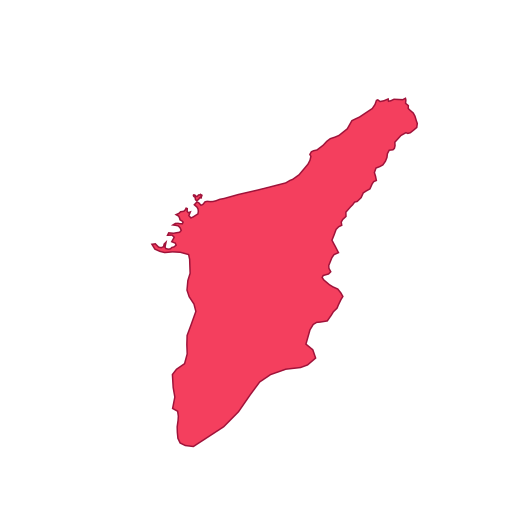 outline of Kota Belud, Sabah, Malaysia, rotated 22°
{"feature_id": "92858781B56547277278247", "entity_name": "Kota Belud", "entity_type": "district", "adm_level": 2, "iso_a3": "MYS", "parent_name": "Malaysia", "parent_adm1": "Sabah", "projection": "robinson", "projection_center": [116.462, 6.343], "detail": "fine", "context": "isolated", "style": "filled", "palette": "rose", "viewbox_px": 512, "rotation_deg": 22, "n_neighbors": 0, "source": "geoboundaries", "source_scale": "gbopen_adm2", "svg_char_len": 3341}
<svg xmlns="http://www.w3.org/2000/svg" viewBox="0 0 512 512"><g transform="rotate(22 256 256)"><path d="M269.3,456.1L290.0,426.4L298.1,407.0L302.7,386.5L306.6,371.4L313.9,360.5L326.0,349.8L339.1,342.7L344.6,337.7L349.5,328.3L343.8,321.7L335.3,319.0L333.7,304.1L334.7,298.0L337.1,294.8L340.3,293.2L346.4,289.5L348.0,282.5L348.6,278.8L350.7,274.0L350.7,270.6L351.1,264.5L351.7,261.0L348.6,258.5L344.2,256.0L338.7,255.8L334.7,255.1L327.8,252.8L325.4,251.2L325.6,248.9L330.0,245.5L331.2,242.6L328.2,240.1L327.0,237.5L327.0,229.1L327.8,225.5L331.2,222.0L326.0,217.5L323.2,215.2L320.5,212.9L320.5,207.4L320.3,201.3L321.7,197.9L324.0,195.4L322.3,192.6L322.7,189.7L324.6,185.6L322.9,181.7L325.2,175.1L326.4,172.3L327.2,169.1L329.4,167.5L331.6,162.5L331.8,157.3L333.9,154.3L336.5,151.1L336.7,145.4L337.3,142.9L339.3,140.9L336.9,137.2L334.5,134.3L334.3,129.5L337.3,126.7L339.5,124.0L340.5,119.7L340.5,115.6L339.5,111.9L339.9,108.0L343.2,106.2L344.0,104.4L343.6,101.7L342.1,98.5L345.2,90.0L348.8,85.5L350.8,85.5L352.9,83.9L355.1,80.0L356.9,76.6L355.9,72.7L354.3,70.9L351.0,66.8L348.2,64.5L344.0,63.1L341.9,62.2L340.9,59.5L339.3,59.0L337.5,58.4L336.5,55.2L335.5,53.8L333.5,56.1L325.2,59.0L322.9,61.5L320.9,62.9L319.7,60.9L316.5,64.1L313.2,66.3L310.4,65.6L309.4,66.6L309.6,70.9L308.6,75.7L305.5,80.2L302.7,84.3L299.9,88.4L296.9,91.6L294.2,94.6L293.0,103.9L287.8,113.1L284.7,116.2L280.9,119.4L278.7,123.1L276.8,128.1L272.8,134.9L270.0,136.8L268.3,138.6L267.9,141.6L269.6,143.1L270.2,147.0L269.8,151.4L265.5,164.6L261.3,171.2L259.2,173.2L256.2,177.1L233.2,194.0L216.6,205.6L204.8,214.7L201.2,217.0L198.2,219.8L195.7,221.6L193.3,222.7L190.3,223.6L188.5,224.8L187.5,228.0L186.0,229.6L183.2,228.2L181.0,228.0L179.6,231.6L183.0,232.8L184.6,234.1L185.8,236.2L186.4,238.7L183.2,243.2L181.4,245.1L178.6,243.7L178.6,239.8L177.1,241.2L175.5,240.5L174.5,237.8L173.3,237.8L173.1,239.8L172.3,241.6L169.5,243.2L168.6,245.3L166.4,247.6L169.3,248.0L170.7,249.2L172.1,251.0L174.1,251.2L175.7,251.9L175.7,253.7L173.3,254.6L171.5,254.9L169.1,256.0L167.4,258.3L170.3,257.6L172.7,257.2L175.1,258.3L177.1,260.3L176.3,262.6L173.1,264.5L171.1,265.8L166.4,267.2L166.2,269.9L170.3,268.1L173.1,269.2L172.9,271.3L172.5,274.3L176.3,274.3L177.9,275.9L176.5,278.4L174.7,279.7L174.1,281.3L172.3,282.5L169.7,282.9L168.4,282.0L167.8,279.3L167.4,277.0L166.4,279.3L166.8,282.0L165.0,283.8L162.4,284.3L158.0,282.4L157.3,282.9L155.1,284.1L159.7,287.5L165.2,287.7L170.1,287.0L177.1,283.4L184.4,280.9L193.0,279.9L195.7,283.9L201.4,296.7L202.0,304.2L204.8,313.5L209.3,318.8L216.5,323.8L221.0,329.9L221.6,344.5L221.9,355.5L225.1,364.1L228.9,372.6L230.1,382.6L224.7,390.8L222.9,397.2L228.5,409.0L233.6,417.2L235.8,428.6L241.5,429.3L244.0,433.6L245.3,437.5L246.9,443.9L249.1,448.9L251.9,454.3L255.7,457.8L261.4,458.2L269.3,456.1ZM181.8,219.8L181.4,219.7L181.3,220.3L180.9,220.4L180.1,220.8L179.8,221.0L179.5,222.0L179.3,222.5L179.0,222.9L178.5,223.1L178.1,223.1L177.5,222.8L176.8,222.5L175.9,222.5L175.3,222.7L175.2,223.0L175.4,223.5L175.7,223.8L176.2,224.1L177.1,224.3L177.8,224.6L178.0,225.0L178.2,225.6L178.7,226.3L179.3,226.7L180.0,226.8L180.6,226.5L181.1,225.8L181.4,225.2L181.7,224.6L181.8,223.7L182.0,223.1L182.7,223.0L183.5,222.6L183.2,221.9L182.8,221.6L183.2,221.0L183.2,220.3L183.1,219.9L182.6,219.8L182.2,220.0L181.8,219.8Z" fill="#f43f5e" stroke="#9f1239" stroke-width="1.5"/></g></svg>